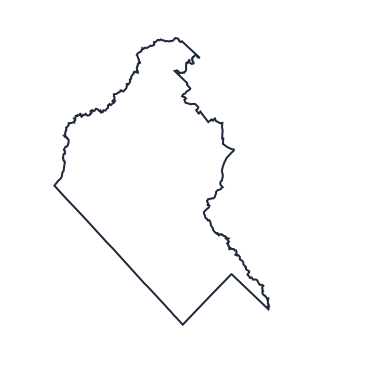 Dolores, Petén, Guatemala, rotated 134°
{"feature_id": "79465075B81519160116587", "entity_name": "Dolores", "entity_type": "district", "adm_level": 2, "iso_a3": "GTM", "parent_name": "Guatemala", "parent_adm1": "Petén", "projection": "robinson", "projection_center": [-89.465, 16.645], "detail": "fine", "context": "isolated", "style": "outline", "palette": "slate", "viewbox_px": 384, "rotation_deg": 134, "n_neighbors": 0, "source": "geoboundaries", "source_scale": "gbopen_adm2", "svg_char_len": 6058}
<svg xmlns="http://www.w3.org/2000/svg" viewBox="0 0 384 384"><g transform="rotate(134 192 192)"><path d="M293.9,106.5L251.0,106.7L223.9,106.6L223.6,106.4L223.3,55.5L222.8,55.7L222.5,56.3L221.9,56.6L222.0,57.3L221.8,57.6L220.9,57.0L220.6,57.2L220.6,58.3L219.6,58.8L219.6,59.9L218.9,60.3L217.9,61.6L217.3,61.9L217.1,62.8L215.7,62.8L215.6,63.6L216.6,64.2L216.1,65.6L216.2,66.6L215.8,67.6L216.3,68.2L216.2,70.1L215.8,71.3L215.3,71.8L213.9,71.9L213.9,73.0L212.8,73.7L212.6,74.6L211.6,75.5L210.1,75.3L209.8,75.5L210.0,76.9L210.5,77.6L211.5,78.4L211.7,79.0L210.2,84.2L210.8,85.6L212.5,87.0L212.5,88.2L212.1,89.1L212.2,90.0L213.4,90.3L213.6,90.8L212.9,92.4L213.1,94.4L212.4,95.0L210.2,95.0L209.3,95.7L210.1,99.5L208.4,101.0L208.4,101.4L208.8,101.9L208.5,102.7L208.4,104.6L207.2,106.0L206.6,107.6L206.7,109.3L207.2,110.5L207.2,110.9L205.5,112.4L205.2,114.5L205.6,115.4L206.1,115.1L206.5,114.5L206.2,116.0L206.3,116.4L207.1,117.0L206.9,117.3L206.0,117.0L205.3,117.2L205.0,117.9L204.2,118.2L203.4,119.8L204.4,120.7L204.0,122.0L204.1,122.4L205.4,123.9L205.5,125.1L206.4,124.8L207.2,125.3L206.6,126.3L205.7,126.8L205.7,127.9L205.1,128.3L204.9,129.9L204.6,130.9L203.9,130.3L203.4,130.9L202.0,130.9L201.8,133.2L200.2,133.4L200.7,133.9L200.5,134.2L200.6,134.5L201.9,135.2L202.0,135.6L200.8,136.4L200.9,137.8L201.4,138.1L201.7,140.1L202.0,140.4L201.8,141.3L202.6,141.7L203.0,142.7L204.0,142.5L204.5,142.7L204.1,143.4L204.6,144.3L203.9,144.7L203.8,145.1L204.0,145.4L204.6,145.5L204.9,145.9L205.0,147.5L204.9,149.1L204.5,150.7L203.6,151.9L202.9,155.2L201.8,156.5L200.3,159.1L200.4,160.2L201.3,160.5L201.5,160.9L200.9,162.3L201.3,163.6L201.0,165.1L200.1,165.7L199.4,168.2L198.1,169.5L194.2,169.5L191.4,169.1L190.0,169.7L189.7,170.0L189.6,170.7L190.5,171.6L190.3,172.0L189.6,172.1L188.9,172.6L188.4,174.6L187.8,175.2L186.3,175.1L185.9,175.4L184.8,174.4L183.1,173.6L182.2,172.5L180.9,172.0L180.2,172.0L178.2,173.0L176.6,173.5L175.0,174.9L172.8,174.8L170.6,173.5L169.3,173.4L168.2,173.7L167.3,173.3L167.0,176.4L166.4,177.5L164.7,178.6L162.7,178.5L161.4,179.6L160.0,180.1L159.2,181.1L158.1,181.8L157.4,183.3L155.7,185.5L152.2,187.5L148.2,189.3L143.1,190.8L135.6,190.9L133.5,190.6L132.4,191.4L133.8,193.7L134.7,196.5L135.1,197.3L135.9,203.2L131.7,206.7L132.6,207.5L126.1,213.1L124.5,215.5L121.3,218.1L121.6,218.3L121.7,218.7L122.9,219.3L124.3,224.2L123.2,226.6L123.9,226.8L124.5,226.3L125.3,226.8L126.0,226.5L126.2,227.2L126.5,227.3L126.4,228.4L130.4,228.8L128.4,241.9L129.8,241.6L130.9,241.7L130.3,245.9L128.0,245.6L126.6,246.4L126.5,249.0L126.6,251.0L128.6,253.1L129.6,253.6L132.3,258.7L130.9,261.6L128.9,261.3L128.9,263.6L129.5,264.0L130.0,265.7L127.6,266.2L125.9,265.3L123.5,265.7L120.2,264.8L118.7,265.1L118.3,270.2L117.0,271.0L117.0,288.4L116.0,287.7L115.4,287.7L114.8,286.8L114.8,286.1L115.0,285.5L114.7,284.7L115.1,283.4L113.1,282.1L113.0,281.6L112.4,281.5L111.6,280.5L110.8,280.9L109.8,280.5L108.6,280.9L107.2,282.0L106.5,283.0L105.5,283.5L105.4,284.0L104.9,284.2L104.0,285.2L103.3,285.4L102.9,285.8L102.3,285.6L102.4,284.8L102.2,284.7L101.3,285.1L100.7,284.9L100.3,285.4L99.0,285.7L98.9,285.2L100.0,284.8L100.5,283.8L100.2,283.1L100.5,282.4L100.1,281.3L99.8,281.0L98.7,280.7L98.5,280.2L98.0,280.4L97.6,281.4L97.7,282.1L96.8,283.0L96.9,283.6L95.8,284.9L95.1,284.5L94.1,285.1L92.8,284.6L92.1,284.9L91.2,284.6L90.6,284.0L90.7,282.6L91.2,281.5L90.1,279.5L90.6,304.0L91.7,304.1L92.1,304.4L92.2,306.2L91.9,307.0L91.5,307.4L91.4,308.8L92.5,310.2L92.5,310.6L93.5,311.2L94.5,310.7L97.3,311.2L98.4,312.6L99.7,313.0L100.8,315.0L102.3,316.0L102.4,317.5L103.5,318.8L103.9,320.3L104.2,320.6L105.3,320.6L105.9,321.8L106.5,322.3L109.4,322.4L110.6,323.5L111.2,323.0L112.2,321.5L112.8,321.4L113.9,322.1L114.9,322.3L115.7,323.6L118.0,323.9L120.0,324.6L120.5,325.7L121.2,326.2L122.6,326.2L123.0,327.7L124.2,326.8L125.3,326.9L126.1,326.2L129.0,327.2L130.6,327.3L131.2,326.9L131.9,326.8L131.9,326.0L133.3,323.5L133.5,322.3L134.7,321.1L134.8,319.6L135.2,319.1L135.8,319.1L136.4,319.9L137.2,320.0L138.3,319.3L139.2,318.4L140.2,318.6L142.4,316.6L142.5,315.5L143.1,314.7L143.1,315.1L143.8,315.5L144.4,314.8L145.5,317.1L146.6,316.9L147.4,316.1L148.8,316.3L151.6,315.6L152.5,314.6L153.2,314.5L153.3,314.8L154.2,314.8L154.7,314.6L155.2,313.5L155.8,313.0L158.8,312.5L159.0,313.6L159.7,314.0L160.9,312.5L163.4,311.2L165.0,311.4L166.1,311.2L167.6,311.4L168.1,313.6L168.6,314.0L169.5,313.4L171.0,313.7L171.9,314.3L173.6,314.3L176.0,316.1L176.6,315.2L177.4,314.8L177.5,313.7L179.4,312.3L179.7,310.8L180.7,311.0L181.4,312.5L181.9,312.3L181.8,311.7L181.1,310.7L181.4,310.1L184.1,310.7L185.7,310.7L186.1,311.3L186.1,312.4L187.2,312.0L187.8,312.6L188.3,312.5L188.6,311.9L189.9,310.8L191.5,311.2L193.5,310.8L194.8,312.5L196.0,311.7L196.7,311.9L197.3,312.4L198.0,312.5L197.9,313.0L197.1,313.3L197.0,314.6L198.0,314.7L198.2,315.6L198.0,317.3L198.8,318.9L200.9,318.5L202.3,319.0L202.5,319.6L202.3,320.6L203.5,320.9L204.2,321.3L204.4,321.2L204.6,319.4L205.5,319.2L206.4,319.7L206.8,319.3L207.8,319.1L209.1,319.7L209.7,320.5L209.7,322.8L211.1,322.7L212.1,323.9L213.8,323.6L214.6,323.7L214.5,324.4L213.3,326.1L213.3,326.7L213.7,326.9L215.4,326.6L216.2,327.8L217.0,327.3L218.1,328.5L220.2,326.9L221.0,327.8L221.5,325.9L221.9,325.6L222.7,325.9L223.6,325.4L223.9,325.0L224.4,325.9L227.2,327.3L227.7,328.4L228.0,328.5L229.1,327.9L229.9,327.1L231.7,327.0L233.1,327.3L233.4,326.5L234.5,326.1L234.7,325.5L235.3,325.2L235.9,325.3L236.7,324.5L238.0,324.2L239.3,322.3L239.9,322.4L240.4,323.0L240.6,321.4L239.7,320.3L239.9,319.6L240.3,319.0L240.0,318.5L240.1,317.3L241.0,316.1L242.2,315.1L243.0,314.9L243.3,314.4L244.2,314.2L245.0,313.6L246.5,313.7L247.0,314.4L247.9,314.3L250.7,313.5L250.8,311.8L251.4,311.6L252.5,310.0L253.4,310.6L254.6,310.4L256.0,309.1L257.0,308.8L257.5,308.2L257.8,307.0L258.7,306.1L258.4,304.8L258.8,304.3L259.7,303.5L260.0,303.5L266.0,299.0L267.7,298.9L271.6,296.3L274.2,295.7L276.6,296.1L283.0,295.4L284.0,280.6L285.2,252.9L287.5,216.4L287.6,210.0L290.9,162.0L290.8,158.8L292.3,131.7L292.7,127.0L292.7,124.5L293.4,118.2L293.2,117.9L293.9,106.5Z" fill="none" stroke="#1e293b" stroke-width="2"/></g></svg>